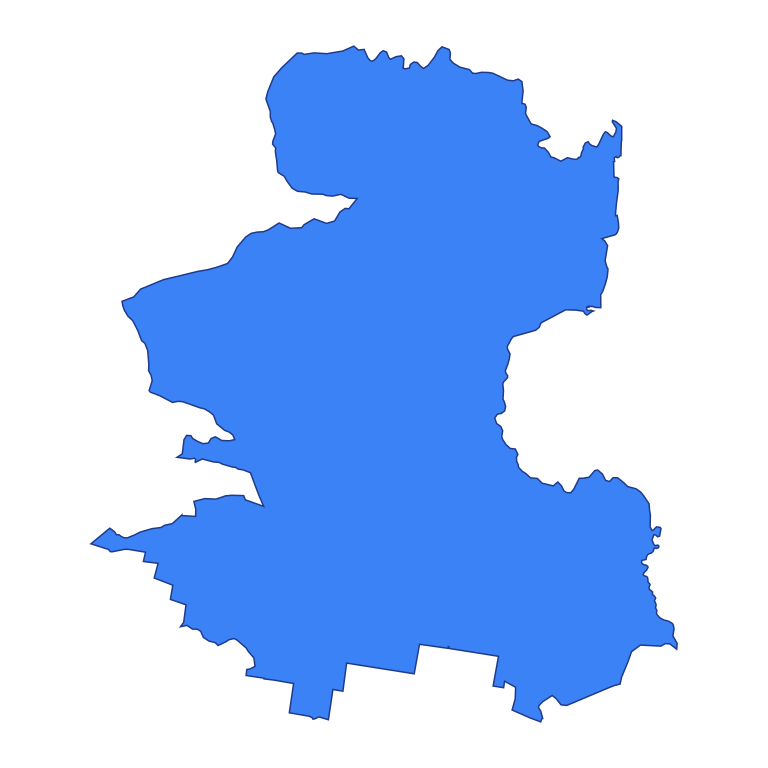 Tlalnelhuayocan, Veracruz, Mexico
{"feature_id": "50627088B87731139171896", "entity_name": "Tlalnelhuayocan", "entity_type": "district", "adm_level": 2, "iso_a3": "MEX", "parent_name": "Mexico", "parent_adm1": "Veracruz", "projection": "natural_earth1", "projection_center": [-96.975, 19.543], "detail": "fine", "context": "isolated", "style": "filled", "palette": "blue", "viewbox_px": 768, "rotation_deg": 0, "n_neighbors": 0, "source": "geoboundaries", "source_scale": "gbopen_adm2", "svg_char_len": 6078}
<svg xmlns="http://www.w3.org/2000/svg" viewBox="0 0 768 768"><path d="M154.2,578.0L172.8,585.2L170.4,599.4L186.0,604.8L183.7,622.3L180.5,626.7L187.1,625.4L192.4,629.1L197.3,629.2L200.7,631.3L203.4,637.4L209.0,641.1L215.2,642.6L218.1,645.5L226.0,641.7L229.0,639.7L234.1,638.6L236.7,639.8L246.3,648.1L248.3,651.4L253.9,658.0L255.0,666.4L250.1,668.9L246.8,669.5L246.1,675.5L264.2,678.2L264.1,678.9L274.0,680.1L293.6,683.5L289.3,712.8L309.0,716.2L312.2,717.7L313.0,719.2L315.1,718.7L318.8,716.9L328.4,719.7L332.9,689.5L342.9,691.2L346.6,663.1L414.2,673.8L419.5,644.3L447.9,648.3L448.3,646.7L449.0,646.9L448.7,648.4L498.5,656.3L493.1,686.0L503.6,687.7L504.6,681.2L515.6,687.2L515.2,698.9L512.1,710.0L530.3,718.0L540.7,721.9L541.4,719.9L542.3,718.1L542.6,718.2L540.8,711.2L538.5,707.6L538.8,705.7L542.5,701.8L552.2,695.5L556.2,698.7L561.1,704.9L566.8,705.4L608.8,687.7L614.4,685.5L620.1,684.1L621.5,677.4L627.9,661.9L631.5,651.7L640.4,645.1L660.8,646.1L665.4,643.6L669.9,643.9L676.7,649.2L677.1,643.3L672.9,635.9L674.0,629.0L673.6,626.2L672.9,624.3L672.4,623.5L668.9,621.3L663.6,619.9L659.7,617.7L656.7,614.2L656.5,612.5L656.9,610.5L655.5,607.7L656.1,605.3L656.0,604.2L654.5,600.7L654.6,600.0L655.6,598.5L655.5,597.7L654.4,596.0L652.4,594.5L652.6,592.0L649.2,589.1L649.0,587.0L650.1,584.8L649.8,584.0L648.1,582.2L647.8,578.5L647.3,577.2L646.7,576.5L643.9,575.7L643.2,574.4L644.2,572.4L646.5,570.3L648.0,567.4L647.8,566.4L646.1,565.1L643.9,564.8L642.2,563.7L641.5,562.3L641.9,560.4L646.1,559.5L646.5,556.9L647.3,555.1L648.9,553.8L651.3,553.1L653.3,551.2L654.1,548.2L656.7,548.4L658.4,547.7L658.9,546.6L658.5,545.5L657.8,545.1L654.9,545.6L653.9,544.5L652.0,540.0L653.8,534.8L655.5,534.9L657.6,536.8L659.6,536.1L661.0,528.6L660.2,527.4L656.4,526.9L653.3,530.1L652.1,530.5L650.4,527.4L650.1,526.7L650.4,515.3L649.5,509.6L649.1,503.8L643.8,496.0L640.7,492.1L636.1,488.8L627.7,486.6L624.0,482.9L617.7,477.8L613.0,477.7L609.6,481.5L605.6,480.4L602.4,474.0L597.7,470.0L594.8,470.6L589.1,477.2L583.3,478.2L579.2,478.3L573.8,489.1L570.8,492.8L566.3,492.5L563.7,490.6L561.6,486.0L557.8,482.0L553.2,485.9L542.2,483.2L537.3,478.4L530.5,477.9L525.9,473.6L522.3,471.3L518.5,467.3L518.3,465.1L516.6,461.1L516.5,457.1L517.9,454.5L515.3,449.0L510.1,448.4L506.0,444.6L502.5,439.2L501.7,436.3L502.7,430.8L500.8,426.5L496.7,423.6L494.7,418.0L497.5,414.1L501.2,413.5L504.7,410.9L505.6,406.3L504.4,402.1L503.0,399.1L503.5,390.6L502.8,383.8L503.4,382.2L507.5,377.7L507.6,375.7L505.9,373.1L505.3,370.9L508.0,363.7L509.2,359.3L510.0,353.9L507.5,349.0L507.3,346.4L511.3,339.0L513.2,336.6L535.7,330.2L539.1,327.4L541.1,322.8L565.7,309.8L575.8,310.1L583.4,311.2L585.3,314.0L586.7,314.9L587.5,314.8L591.8,311.6L593.4,311.0L590.8,310.3L588.1,310.6L586.7,309.7L586.7,307.0L588.8,307.2L588.5,306.2L593.8,306.7L595.2,307.4L600.8,307.7L600.7,294.7L602.8,291.2L605.4,283.8L607.2,277.1L607.9,270.9L607.9,268.5L607.1,267.6L605.1,260.7L607.6,245.7L604.8,241.0L601.8,238.6L615.1,234.8L616.1,234.1L617.6,231.7L618.7,228.1L618.5,223.3L617.2,215.4L615.6,215.7L615.5,213.8L616.4,203.9L618.2,190.1L618.1,181.3L618.8,178.8L617.1,177.6L614.0,177.0L613.6,161.8L614.6,161.5L614.2,157.9L616.1,156.5L617.1,157.7L618.7,157.4L619.9,155.7L620.9,155.7L621.3,141.6L621.7,140.8L621.7,126.3L616.0,121.7L612.6,120.3L612.3,121.8L616.4,128.2L615.9,131.9L613.3,136.8L611.1,136.1L607.1,132.4L605.3,131.8L603.2,134.6L598.8,144.1L596.8,147.0L591.8,145.5L589.6,143.9L588.2,141.7L585.3,143.0L583.2,147.0L583.4,148.8L581.2,153.5L581.2,155.2L579.8,157.6L578.6,157.4L576.7,159.4L573.5,159.2L567.4,157.7L560.9,161.2L554.1,157.8L550.8,156.9L548.4,152.4L544.4,148.0L541.7,147.9L538.8,146.7L537.7,145.0L539.2,141.4L548.1,138.3L550.1,136.7L547.2,131.7L542.0,128.2L536.9,125.5L531.1,123.9L525.5,113.7L526.3,107.4L525.0,104.2L521.8,103.2L523.1,91.3L521.9,81.6L518.2,79.1L513.5,80.8L507.6,80.2L492.7,73.2L488.7,72.5L481.5,72.3L476.0,73.5L472.6,73.2L469.4,69.6L459.8,67.1L453.4,63.2L449.9,59.3L450.4,52.8L449.1,49.5L442.0,46.8L437.9,50.7L434.4,57.2L428.1,65.4L423.4,68.5L420.2,65.9L417.4,62.6L413.9,62.0L410.3,64.5L409.4,68.0L405.7,68.8L403.2,68.3L403.9,58.8L401.4,55.8L396.0,56.7L390.4,59.3L388.8,57.6L386.5,52.0L383.2,50.7L380.4,52.6L375.5,59.1L372.2,61.3L370.3,60.6L367.8,57.8L364.1,49.4L358.5,50.1L353.8,46.1L342.8,51.0L326.9,53.7L314.0,52.9L304.2,54.4L301.9,53.1L297.1,53.1L282.0,67.5L273.8,76.8L267.8,91.6L265.9,99.0L270.3,111.5L270.3,117.0L271.6,121.4L272.8,123.2L274.9,130.2L275.6,134.0L272.9,141.0L272.6,144.1L275.7,148.1L275.3,151.4L276.7,160.6L277.6,171.0L278.3,172.6L284.2,176.3L287.4,181.8L292.2,188.2L297.5,191.3L305.3,192.0L311.7,194.0L322.7,194.2L326.1,195.5L332.7,196.1L340.9,194.3L349.0,198.2L357.2,198.5L348.9,208.8L345.2,208.4L340.0,211.9L334.6,221.0L326.5,223.4L314.1,218.8L304.2,224.6L301.7,227.7L290.6,228.3L279.1,223.0L268.5,229.7L263.6,231.7L257.1,232.1L251.3,233.3L245.6,237.1L237.2,247.0L232.6,256.9L227.6,263.5L216.3,267.4L207.7,269.7L198.2,271.3L163.7,279.6L140.6,289.1L133.8,296.9L122.0,301.3L122.8,305.7L124.5,310.5L128.2,316.5L132.8,320.7L137.9,330.8L141.6,340.7L144.9,343.3L147.7,350.6L148.8,364.2L148.6,370.8L151.1,375.3L152.2,380.7L149.1,390.6L150.4,392.2L159.7,395.7L172.5,402.4L178.3,401.3L182.6,401.7L199.9,407.8L204.4,408.8L209.4,411.8L213.5,415.1L216.7,423.8L224.6,430.3L229.4,432.2L232.9,435.1L234.8,439.6L229.2,440.8L221.8,440.5L215.4,436.8L211.0,438.6L208.4,443.0L202.9,443.7L197.6,441.4L192.8,438.6L190.9,435.7L186.6,435.4L184.0,439.7L182.3,453.8L177.0,457.3L189.9,459.0L194.6,458.3L195.7,459.4L195.1,461.7L195.4,462.4L202.2,459.0L213.3,461.9L219.4,462.5L222.3,464.1L232.6,467.1L235.4,467.3L238.2,469.1L243.2,469.9L250.4,472.7L259.0,495.6L263.7,506.4L245.3,499.8L243.7,495.6L231.8,495.3L225.7,495.8L216.1,499.1L204.9,498.6L193.9,501.4L195.8,509.5L195.6,516.4L181.7,515.6L181.8,515.0L172.3,523.6L164.3,525.4L161.0,527.5L151.8,528.7L139.9,532.2L134.7,534.9L127.5,537.8L124.1,537.8L121.1,536.4L119.0,534.8L116.3,534.6L114.5,531.7L109.8,528.2L90.9,543.8L108.4,549.4L110.3,551.6L112.0,551.8L124.8,549.3L128.7,549.4L145.5,552.2L143.4,561.5L158.1,563.3L154.2,578.0Z" fill="#3b82f6" stroke="#1e3a8a" stroke-width="1.5"/></svg>